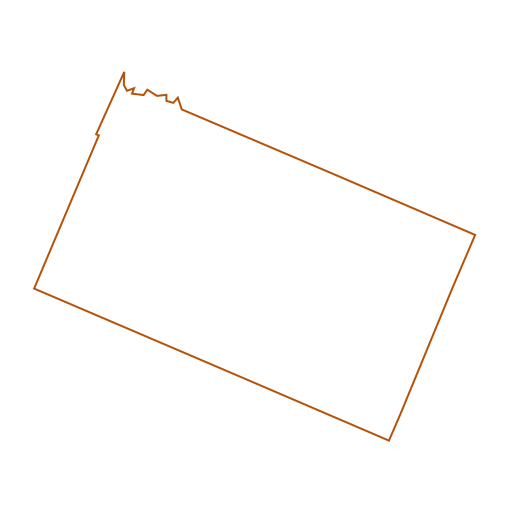 outline of Washita, Oklahoma, United States of America, rotated 203°
{"feature_id": "52423323B11549083721324", "entity_name": "Washita", "entity_type": "district", "adm_level": 2, "iso_a3": "USA", "parent_name": "United States of America", "parent_adm1": "Oklahoma", "projection": "orthographic", "projection_center": [-98.855, 35.281], "detail": "fine", "context": "isolated", "style": "outline", "palette": "amber", "viewbox_px": 512, "rotation_deg": 203, "n_neighbors": 0, "source": "geoboundaries", "source_scale": "gbopen_adm2", "svg_char_len": 437}
<svg xmlns="http://www.w3.org/2000/svg" viewBox="0 0 512 512"><g transform="rotate(203 256 256)"><path d="M62.5,361.0L219.2,361.7L381.6,361.9L389.8,371.2L392.0,364.6L399.1,363.8L401.4,369.3L409.8,364.7L421.0,366.6L422.4,360.2L433.6,357.0L433.8,362.8L439.3,357.7L444.5,361.8L449.2,374.0L450.7,305.6L447.8,305.6L447.5,139.3L227.2,138.7L61.5,138.0L61.3,166.2L62.7,304.9L62.5,361.0Z" fill="none" stroke="#b45309" stroke-width="2"/></g></svg>